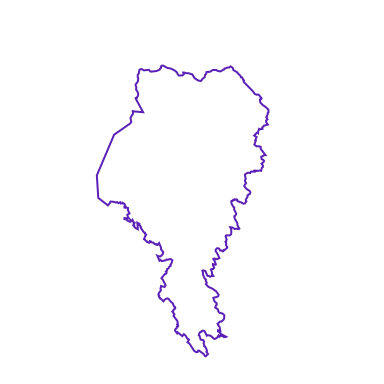 outline of Athlone Lea-6, Roscommon, Ireland, rotated 219°
{"feature_id": "5873133B90689891107780", "entity_name": "Athlone Lea-6", "entity_type": "district", "adm_level": 2, "iso_a3": "IRL", "parent_name": "Ireland", "parent_adm1": "Roscommon", "projection": "robinson", "projection_center": [-8.208, 53.474], "detail": "fine", "context": "isolated", "style": "outline", "palette": "violet", "viewbox_px": 384, "rotation_deg": 219, "n_neighbors": 0, "source": "geoboundaries", "source_scale": "gbopen_adm2", "svg_char_len": 6001}
<svg xmlns="http://www.w3.org/2000/svg" viewBox="0 0 384 384"><g transform="rotate(219 192 192)"><path d="M302.4,259.8L305.9,256.3L309.0,255.7L309.7,253.8L307.9,250.5L308.0,249.1L306.5,247.1L305.2,246.4L303.6,243.7L303.5,240.4L303.2,239.6L300.8,238.0L300.2,236.6L297.0,235.4L295.4,234.3L294.4,232.4L294.5,231.4L294.0,230.2L295.5,229.1L294.8,229.3L280.2,223.2L288.3,217.8L289.8,217.6L288.5,217.4L287.6,216.4L286.9,215.0L287.0,213.7L286.3,210.7L283.4,208.4L283.1,206.6L288.6,187.5L276.4,145.0L261.1,128.4L248.9,128.7L248.9,131.9L249.3,132.7L249.2,133.4L246.7,135.1L244.5,135.9L243.7,137.1L242.1,137.0L241.2,139.0L240.0,138.3L238.9,139.3L239.0,140.0L237.0,140.2L235.9,139.8L235.3,137.9L234.8,137.5L234.1,138.7L233.5,138.1L232.7,138.9L231.6,139.3L230.4,137.6L227.1,136.0L228.0,133.6L225.8,132.1L224.4,131.8L225.6,131.4L225.5,131.0L228.1,129.2L227.4,128.4L225.4,129.5L224.1,129.1L221.5,129.8L221.0,130.4L221.7,131.1L220.7,131.8L220.8,132.9L218.4,131.8L217.5,131.9L217.9,131.4L217.8,131.0L216.1,129.9L216.6,129.1L213.4,128.4L210.7,129.0L215.1,133.8L212.9,134.1L212.6,133.3L210.9,133.2L210.3,132.6L209.5,132.6L209.3,131.9L208.8,131.7L203.8,130.4L202.9,130.7L202.3,130.0L200.8,130.0L200.3,127.0L199.5,125.1L198.5,125.4L197.7,125.0L195.6,125.2L195.5,124.9L193.2,125.6L193.1,126.2L193.8,127.3L192.9,127.7L191.5,127.5L190.0,128.4L188.9,128.0L186.9,128.5L186.9,129.0L186.0,129.0L186.0,129.3L185.4,129.4L185.5,131.6L181.4,129.5L179.9,127.9L176.5,127.2L176.4,126.4L175.6,125.5L175.9,122.2L177.6,121.0L178.8,120.7L174.1,118.2L173.9,119.4L172.1,119.2L169.4,122.4L169.3,123.5L168.1,124.2L167.4,125.5L166.2,126.5L164.3,126.6L163.0,123.4L163.0,121.9L162.1,121.2L162.6,119.7L162.2,117.8L162.9,116.5L162.0,115.2L162.2,113.7L161.2,113.5L160.7,112.6L161.0,111.5L161.5,111.1L161.5,105.8L159.1,105.3L153.8,102.9L153.6,100.9L156.9,99.4L156.1,98.1L155.9,97.3L154.2,95.9L154.2,93.0L153.5,91.0L152.1,90.7L152.0,90.0L150.2,89.2L150.0,89.6L145.4,89.0L145.5,90.9L144.9,92.7L144.1,93.9L143.0,94.2L139.6,93.4L137.0,93.4L134.3,91.9L132.7,91.9L132.6,91.2L131.8,90.9L132.2,89.0L131.8,88.1L132.1,86.7L128.7,85.9L128.4,84.1L122.1,82.5L120.2,80.8L120.3,79.9L119.4,79.7L119.6,79.4L118.3,78.7L118.9,77.6L118.2,76.6L118.6,75.2L118.0,73.6L114.7,72.8L115.0,73.9L108.8,73.9L108.9,76.4L106.4,76.3L103.5,75.1L101.5,75.5L101.0,72.4L98.5,72.6L90.4,69.9L88.2,70.1L86.9,71.1L87.4,72.7L86.6,73.2L80.7,73.4L78.9,72.7L77.9,73.0L77.6,76.2L80.2,76.8L80.3,78.0L82.6,79.3L84.6,80.1L85.7,79.9L86.1,80.7L87.9,81.8L88.3,83.2L89.8,83.9L90.3,84.0L91.8,82.9L92.7,82.9L95.6,85.0L96.6,84.9L97.5,87.2L97.4,88.6L96.7,89.3L96.9,90.0L96.1,91.3L94.9,91.8L90.1,89.7L90.1,90.3L87.3,92.0L82.5,91.8L81.8,92.1L81.1,93.7L80.7,96.3L81.0,96.5L81.1,97.1L79.7,96.6L79.3,97.7L79.6,98.2L77.6,99.2L75.9,99.3L74.6,100.4L74.3,101.0L80.7,99.8L82.4,100.3L84.1,100.0L84.7,101.0L82.5,101.8L85.7,104.5L88.2,105.1L88.4,105.7L89.2,105.8L88.6,109.1L87.6,109.8L87.1,112.7L87.5,114.1L89.4,116.6L91.8,116.8L94.6,115.4L96.4,115.8L98.0,117.1L101.0,116.8L101.0,117.3L101.5,117.4L102.0,119.1L101.8,119.9L103.0,121.1L105.0,121.1L106.4,121.5L108.8,123.2L106.3,126.7L106.1,127.6L106.6,128.9L110.8,130.0L115.5,129.7L119.5,128.6L123.3,129.2L123.2,130.0L123.7,131.0L125.4,131.5L125.9,132.6L127.8,132.8L130.9,134.4L131.9,135.1L132.3,135.9L134.4,137.3L133.9,138.2L131.9,139.0L127.3,136.6L126.1,137.3L124.5,137.6L123.9,139.4L122.8,139.7L122.5,140.2L124.9,140.9L126.1,142.4L128.5,143.6L128.4,144.3L127.2,145.4L127.1,147.1L130.0,148.5L130.4,149.1L128.1,150.1L127.8,150.5L127.9,150.8L131.7,153.0L132.8,153.0L133.4,153.6L132.7,154.4L130.4,155.4L129.1,157.9L133.6,160.1L136.5,161.0L137.2,161.9L137.3,163.7L136.8,164.4L135.3,165.1L133.2,164.2L132.5,164.9L130.5,165.4L130.4,166.1L130.9,166.8L130.2,167.5L129.6,170.6L129.8,171.3L131.6,171.9L132.5,172.5L133.0,173.6L134.6,174.3L134.3,175.1L134.9,175.7L135.2,176.9L138.0,178.7L138.2,179.8L135.4,182.0L135.0,183.5L135.5,184.6L137.9,187.6L140.2,188.7L137.9,190.0L135.6,190.1L134.3,191.5L132.3,192.5L132.2,193.4L135.6,194.6L137.1,196.3L142.0,198.2L143.9,199.7L143.4,201.0L143.9,202.9L148.5,205.1L149.3,206.5L150.6,206.5L153.8,207.8L155.3,209.1L155.7,209.9L154.8,210.6L155.1,211.9L154.2,212.3L154.4,212.9L154.1,213.3L152.9,213.6L152.6,214.4L151.9,214.4L151.6,213.8L150.4,213.6L149.6,214.1L148.5,214.1L147.7,214.8L144.7,215.3L143.7,216.5L143.8,218.9L144.8,219.3L145.5,220.2L145.8,223.1L146.7,224.2L146.4,224.7L146.6,225.4L145.8,227.0L146.4,228.4L147.6,229.1L151.5,228.7L154.9,229.3L155.4,230.1L155.6,233.0L157.0,233.4L158.3,234.6L158.5,236.0L161.5,238.4L161.8,239.4L160.7,242.2L158.7,243.4L159.0,245.0L156.4,247.0L157.1,247.7L156.2,248.6L155.5,248.3L154.9,249.5L154.0,249.9L153.1,251.1L151.6,252.0L153.0,254.8L152.7,256.2L153.4,257.1L155.8,257.8L155.2,260.3L155.6,261.6L157.1,261.8L158.5,261.3L160.4,263.0L159.5,264.6L159.3,265.8L158.1,266.9L165.9,268.8L167.0,270.3L168.9,269.6L170.6,268.1L173.4,268.1L174.7,272.1L175.4,272.0L176.4,275.4L179.2,275.0L178.9,278.9L178.7,279.4L177.8,279.4L178.5,280.3L179.6,283.4L178.6,283.6L177.0,285.4L177.9,286.0L178.1,286.6L177.7,287.7L177.9,288.8L175.5,292.1L178.1,292.8L179.4,294.2L179.0,295.9L181.2,296.8L181.0,297.4L181.6,298.1L182.0,300.0L182.8,300.8L182.7,302.1L184.5,304.1L188.6,304.4L191.7,304.1L195.2,304.5L197.4,306.6L197.3,307.3L196.7,307.8L197.0,308.6L200.8,309.5L201.8,309.5L203.1,308.2L204.9,307.7L208.1,308.6L220.9,310.1L221.7,310.6L221.8,311.5L223.2,311.5L224.0,312.2L225.4,312.5L226.2,311.9L227.5,312.8L231.2,313.1L231.9,313.5L236.5,312.8L238.5,314.1L241.1,313.9L241.6,311.9L243.1,310.7L243.7,309.2L244.5,308.3L244.2,307.6L245.8,303.6L248.2,302.3L250.0,302.0L252.6,299.9L253.7,296.7L256.2,294.4L255.4,292.6L255.6,291.6L254.4,289.0L255.1,286.3L254.8,284.2L255.3,283.6L257.4,282.5L261.8,282.1L265.8,283.6L269.5,282.1L271.7,280.3L272.9,280.1L274.0,279.3L272.5,278.3L272.8,276.6L275.6,274.2L277.5,274.6L278.8,275.5L282.1,275.5L286.1,274.6L289.3,272.9L294.1,272.0L295.0,271.2L295.2,270.3L294.2,269.0L294.5,267.8L294.1,266.7L295.7,263.7L299.6,259.7L300.2,259.5L302.4,259.8Z" fill="none" stroke="#5b21b6" stroke-width="2"/></g></svg>